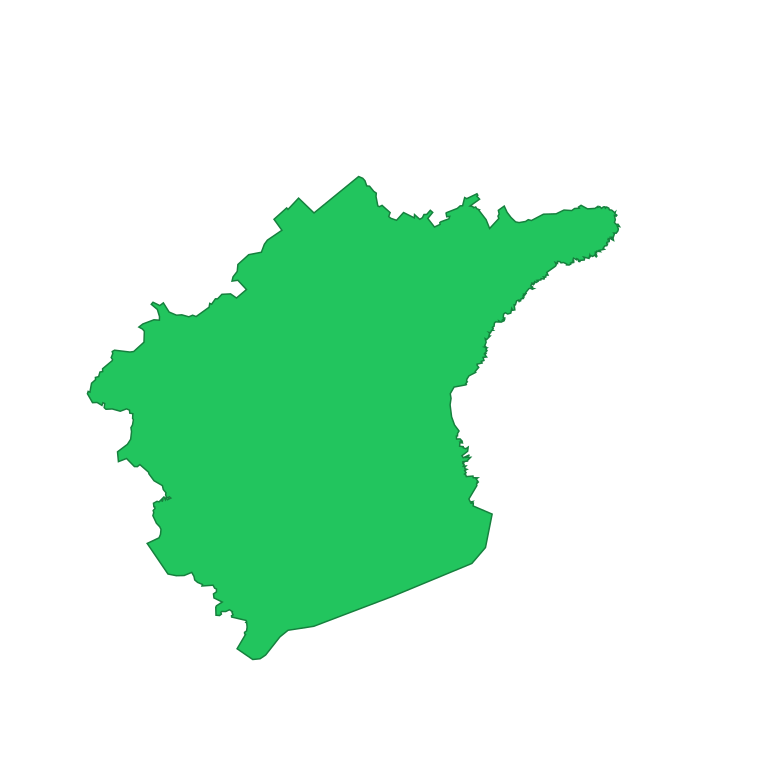 outline of Listowel Lea-6, Kerry, Ireland, rotated 157°
{"feature_id": "5873133B46430887417549", "entity_name": "Listowel Lea-6", "entity_type": "district", "adm_level": 2, "iso_a3": "IRL", "parent_name": "Ireland", "parent_adm1": "Kerry", "projection": "orthographic", "projection_center": [-9.67, 52.458], "detail": "fine", "context": "isolated", "style": "filled", "palette": "green", "viewbox_px": 768, "rotation_deg": 157, "n_neighbors": 0, "source": "geoboundaries", "source_scale": "gbopen_adm2", "svg_char_len": 6159}
<svg xmlns="http://www.w3.org/2000/svg" viewBox="0 0 768 768"><g transform="rotate(157 384 384)"><path d="M390.0,588.5L404.2,582.2L404.8,584.1L420.9,578.6L417.9,565.4L435.1,562.0L439.5,559.4L445.4,553.2L458.0,555.9L471.8,551.1L475.1,545.0L481.1,541.6L483.7,538.1L478.0,536.6L473.7,524.7L486.2,520.8L490.0,526.9L498.2,529.9L503.9,527.4L505.9,528.3L511.5,524.8L512.9,526.3L515.0,523.0L530.6,519.5L533.3,522.1L537.4,522.1L543.1,526.7L548.1,528.4L553.7,534.2L555.4,544.9L559.7,543.8L564.7,549.5L567.1,548.3L563.5,541.2L564.3,533.8L565.8,530.5L570.7,533.0L582.5,533.5L587.4,532.2L584.9,529.0L584.0,526.2L588.6,516.3L601.7,511.7L605.4,512.7L618.8,520.4L621.5,520.1L621.8,517.9L624.8,514.9L624.3,512.8L625.0,511.7L637.1,508.0L638.1,505.4L640.8,506.0L643.8,502.3L647.1,502.8L647.8,500.7L652.9,499.0L657.9,491.4L659.2,492.8L660.8,490.9L659.6,480.7L655.3,479.1L652.0,474.5L650.1,476.6L648.7,475.2L650.8,471.6L649.8,469.4L643.9,467.2L637.4,462.0L630.7,461.7L628.5,459.4L629.4,456.5L626.8,454.8L628.9,450.5L628.6,449.1L631.5,444.6L634.0,442.7L635.0,438.8L638.8,432.1L643.8,428.7L655.8,425.7L658.8,416.3L650.1,416.0L646.0,405.5L643.3,404.3L640.2,405.2L635.2,394.8L635.5,393.1L633.5,384.8L627.7,377.1L628.4,373.1L627.2,369.1L628.3,367.4L628.4,364.8L627.1,363.6L625.7,364.1L624.8,362.3L628.6,362.1L629.0,364.8L630.4,363.0L630.7,366.0L633.9,364.7L632.8,363.8L633.7,362.8L635.2,364.2L637.1,363.4L638.8,364.7L642.8,364.3L643.8,360.9L643.1,360.6L643.5,358.8L645.9,357.8L646.2,355.6L648.2,353.1L647.9,344.7L646.2,340.1L646.1,337.3L648.5,332.9L651.2,330.3L664.3,329.8L657.1,293.5L650.1,288.7L642.8,285.8L634.6,285.7L634.1,281.1L634.8,277.6L633.1,274.2L629.4,270.4L630.5,269.2L620.0,265.6L619.7,262.3L618.3,260.7L619.5,258.1L623.0,257.4L624.1,253.5L618.1,246.5L624.9,245.3L626.1,244.2L629.0,236.8L625.8,235.1L623.6,235.7L623.4,237.6L622.3,238.0L618.6,236.4L614.5,236.6L612.5,233.6L613.2,233.0L613.1,230.5L614.9,230.3L615.3,229.0L603.4,220.3L603.3,219.1L604.4,218.5L603.7,217.8L605.0,213.7L607.0,210.4L609.4,209.9L609.9,208.5L609.3,207.6L622.7,197.7L612.5,181.7L605.4,179.5L598.8,180.8L578.6,191.9L568.5,194.8L543.3,188.4L458.9,185.2L373.2,184.5L354.5,193.8L335.3,222.0L349.6,236.9L348.3,239.5L350.0,240.1L348.1,241.1L350.6,241.6L350.8,245.0L338.2,254.2L337.9,255.9L335.8,256.8L336.5,257.4L335.6,257.8L336.3,260.6L334.4,261.0L338.5,262.9L338.1,264.5L344.4,266.6L344.2,268.3L345.1,269.7L343.1,270.2L343.6,272.8L341.0,273.0L342.6,274.4L342.5,275.6L340.6,276.5L343.1,277.3L341.8,278.3L342.3,279.6L341.6,280.0L342.4,280.4L341.8,281.6L336.6,280.3L337.5,280.8L333.0,282.7L336.8,284.2L333.0,285.4L339.9,285.2L340.3,287.5L333.3,289.4L331.2,293.0L334.0,292.4L336.0,294.5L335.6,295.4L338.7,297.2L337.1,300.3L334.8,299.1L334.6,300.6L335.5,301.3L334.5,301.2L335.4,303.7L338.7,305.0L337.7,307.8L336.6,307.5L335.6,309.8L333.3,311.4L335.1,318.7L334.6,327.4L331.3,339.0L327.9,344.6L326.8,349.2L320.7,353.8L308.8,351.2L308.3,351.5L308.7,352.4L306.5,353.5L306.9,354.2L305.9,356.0L302.6,358.3L295.0,358.9L295.2,359.9L290.3,362.3L291.0,364.6L290.6,365.9L285.5,365.0L285.6,366.8L282.8,366.6L282.4,369.8L279.0,368.8L279.7,371.5L278.4,372.2L279.5,372.7L276.2,374.4L276.9,375.5L275.8,376.2L276.3,377.5L275.4,377.4L277.0,378.8L275.8,378.6L276.2,380.0L273.7,382.5L273.1,386.2L272.1,384.8L267.6,386.7L268.7,387.2L266.8,389.5L267.2,390.4L266.0,389.5L264.1,391.2L262.5,390.8L263.1,391.6L261.8,392.5L262.0,393.8L260.2,394.1L258.6,396.9L257.0,397.6L253.9,396.1L253.7,397.3L252.2,395.2L248.7,395.3L247.8,396.3L249.5,396.8L247.2,397.6L248.3,398.5L246.6,401.6L244.5,402.2L242.8,400.1L239.6,399.7L236.9,403.6L236.8,401.6L234.6,401.1L233.2,406.1L232.1,405.5L229.5,408.7L227.6,408.7L227.4,407.2L226.7,407.6L227.1,408.8L225.8,407.2L224.5,408.8L222.4,408.3L222.5,409.6L221.1,409.4L221.3,411.8L220.8,410.6L219.4,411.0L220.1,412.1L217.8,411.8L217.8,412.8L213.3,415.2L211.4,414.8L211.1,413.5L210.6,415.5L210.4,413.3L208.9,413.3L209.9,413.9L209.3,415.2L210.6,417.0L208.4,418.8L207.9,417.1L207.0,417.4L207.5,418.4L205.8,417.4L206.4,418.3L205.3,419.4L204.3,418.0L202.1,418.3L202.6,419.6L198.9,418.5L198.2,419.6L195.7,418.1L195.0,419.0L195.3,420.2L193.4,419.2L192.2,421.0L190.5,420.2L190.6,423.1L180.0,425.5L178.8,426.5L178.9,429.0L177.2,427.2L176.4,429.0L174.2,427.9L173.8,426.4L171.1,425.6L168.9,422.9L169.4,422.3L167.1,421.2L165.2,421.4L165.1,422.4L162.6,421.9L163.2,422.6L161.2,423.0L161.7,424.1L160.4,425.8L158.2,423.1L157.6,424.0L156.6,422.9L156.9,420.8L156.0,420.2L155.3,420.6L155.8,421.4L151.2,419.9L150.3,421.2L150.6,422.8L146.2,419.5L144.3,422.0L144.6,419.9L143.8,421.7L142.1,419.9L139.7,420.3L139.0,418.1L138.1,418.5L138.0,420.1L138.8,420.9L137.9,422.7L137.1,421.7L136.3,423.1L133.2,421.4L133.8,422.9L128.5,421.9L129.3,423.2L126.9,424.8L124.8,424.3L123.5,425.5L124.2,426.2L123.6,427.3L121.1,427.1L120.5,428.3L121.5,429.3L120.8,430.1L120.3,429.1L119.3,430.0L116.6,426.5L116.3,428.2L117.4,430.2L115.7,429.4L113.2,432.2L113.5,433.1L111.3,432.1L108.9,433.5L107.7,435.1L107.6,438.2L105.7,436.9L106.2,439.6L107.8,440.1L108.8,442.6L106.9,444.8L106.1,449.0L104.7,447.8L103.7,448.4L105.0,450.6L103.9,451.9L104.7,451.6L106.5,455.1L108.4,456.2L108.4,458.1L109.9,459.9L111.5,459.4L111.4,460.8L112.9,461.3L115.1,460.7L116.1,463.0L118.0,463.0L117.8,463.9L121.1,463.2L128.2,465.7L132.8,471.5L135.7,470.9L135.5,469.5L140.0,471.1L143.4,470.3L150.4,473.8L159.1,473.4L170.9,478.0L184.4,476.9L187.0,478.9L190.2,478.3L196.6,479.8L199.5,481.8L202.0,487.6L203.6,493.9L203.8,500.8L210.9,499.2L211.6,495.4L213.5,494.0L213.6,491.5L226.0,485.9L225.8,495.4L228.8,506.9L228.1,507.1L230.1,509.1L230.4,511.1L232.7,511.3L232.9,512.6L235.3,514.2L223.8,516.8L225.2,520.6L223.9,521.1L224.1,522.8L235.4,522.3L236.9,524.1L242.0,517.4L244.3,518.2L247.9,517.0L259.3,517.3L260.1,517.1L260.9,513.4L258.0,512.6L259.7,510.7L268.2,511.1L269.5,510.8L270.0,509.0L276.2,508.8L279.0,519.3L272.1,522.9L273.5,525.8L278.4,523.4L281.0,524.4L283.6,522.1L286.7,521.6L289.7,528.0L291.2,525.1L299.0,534.2L308.5,529.8L313.1,534.0L314.2,536.3L311.4,539.4L316.0,549.2L318.9,549.0L320.1,550.3L318.1,559.7L316.5,562.7L318.2,565.4L320.0,571.7L322.5,573.1L322.1,578.5L323.2,581.7L326.3,584.9L381.6,568.8L390.0,588.5Z" fill="#22c55e" stroke="#15803d" stroke-width="1.5"/></g></svg>